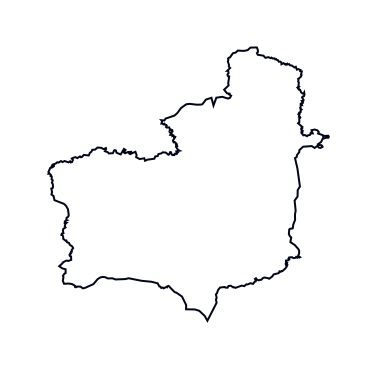 the district of Phon Thong, Roi Et, Thailand, rotated 258°
{"feature_id": "78962969B17722386681463", "entity_name": "Phon Thong", "entity_type": "district", "adm_level": 2, "iso_a3": "THA", "parent_name": "Thailand", "parent_adm1": "Roi Et", "projection": "robinson", "projection_center": [103.964, 16.293], "detail": "fine", "context": "isolated", "style": "outline", "palette": "ink", "viewbox_px": 384, "rotation_deg": 258, "n_neighbors": 0, "source": "geoboundaries", "source_scale": "gbopen_adm2", "svg_char_len": 5998}
<svg xmlns="http://www.w3.org/2000/svg" viewBox="0 0 384 384"><g transform="rotate(258 192 192)"><path d="M132.1,47.2L128.8,47.8L128.1,52.3L126.9,55.5L124.9,57.8L123.7,57.9L123.8,58.5L123.0,58.7L123.3,60.6L122.6,63.3L120.5,65.1L120.4,67.2L122.4,76.4L126.4,81.6L127.5,84.7L127.5,87.0L126.6,89.6L125.0,91.6L124.1,96.3L122.4,98.9L120.7,108.6L120.8,112.1L115.6,124.3L112.6,133.8L109.8,139.4L106.3,140.5L106.0,141.4L104.5,142.0L104.6,143.6L103.7,144.3L104.4,146.8L104.0,147.8L104.9,148.1L105.0,149.6L97.7,154.2L96.8,155.8L91.8,160.5L82.6,162.8L78.5,161.8L76.5,170.4L74.3,174.4L68.1,178.7L62.9,180.3L78.5,193.0L82.0,193.1L83.2,194.1L86.9,194.1L87.7,195.3L90.7,197.1L92.7,199.6L92.3,204.3L91.6,204.7L91.0,206.9L92.5,208.2L92.2,210.5L90.1,212.5L90.3,213.1L89.2,214.6L90.1,221.2L89.1,223.6L90.4,226.0L90.0,227.0L90.6,230.3L89.4,232.6L91.3,234.8L91.3,235.7L92.2,236.1L93.9,235.5L94.3,236.6L92.6,237.1L92.7,237.6L91.8,238.6L91.8,241.8L93.0,243.3L93.3,245.0L91.9,248.5L91.1,249.4L92.6,252.8L94.4,254.7L94.6,259.9L96.2,261.1L95.5,262.1L96.1,263.0L95.8,263.9L97.8,267.4L99.2,269.0L100.3,268.9L99.9,269.4L101.0,270.2L102.0,269.7L102.6,270.1L102.8,269.4L103.3,270.0L103.9,269.3L105.4,269.7L105.2,272.1L106.0,273.2L107.0,272.6L107.8,273.4L107.4,276.3L106.2,277.6L106.1,279.3L106.9,280.4L105.8,281.2L106.3,282.6L105.6,283.3L105.8,284.1L107.4,282.5L109.4,283.9L112.1,284.6L113.8,284.3L118.8,281.5L122.5,277.8L126.9,279.6L128.5,278.5L130.7,278.0L135.1,279.3L135.6,280.0L135.5,283.0L139.1,284.3L143.2,287.0L148.4,288.0L152.2,289.5L162.3,290.6L165.6,294.3L171.9,295.8L174.9,298.7L192.9,300.0L203.7,299.8L204.4,301.6L206.4,302.5L208.7,305.2L210.6,305.7L213.2,310.1L212.0,318.7L209.6,321.1L211.0,324.1L209.0,325.4L208.4,326.8L209.0,329.1L209.8,329.0L210.9,328.3L211.8,325.0L212.5,325.0L214.0,328.6L216.8,330.8L217.2,334.4L216.8,336.7L217.4,337.3L218.7,337.0L219.4,332.6L218.9,331.8L220.3,331.9L223.0,327.5L224.3,328.5L226.2,327.5L227.6,324.9L227.6,321.8L226.1,321.9L225.4,320.9L224.9,322.2L224.2,322.3L224.7,320.5L223.3,319.3L223.3,316.8L222.7,316.1L224.3,314.1L224.3,312.7L227.0,311.4L227.2,312.2L228.1,311.8L228.7,313.0L229.9,311.9L231.0,311.9L231.2,312.9L232.0,312.6L232.6,313.5L237.2,310.1L238.0,311.5L241.3,312.1L242.2,313.4L242.9,313.3L243.3,312.2L245.1,313.0L245.8,312.2L247.2,313.2L246.8,313.9L247.6,314.2L247.7,315.0L249.4,315.3L249.9,316.3L250.9,315.4L251.9,315.4L252.1,316.5L252.3,315.9L254.6,316.4L254.2,317.6L255.2,317.4L255.5,318.0L256.0,317.4L256.6,319.0L258.2,318.4L258.0,319.8L258.8,320.3L261.6,319.3L262.3,319.9L262.4,321.4L263.9,322.3L266.0,322.4L265.0,321.6L265.2,320.8L266.7,319.5L269.4,319.0L269.8,317.9L271.7,317.1L271.5,317.9L272.7,317.7L272.9,318.6L273.5,318.2L277.0,319.3L277.9,318.8L279.8,319.6L280.5,319.3L281.9,322.2L283.6,323.5L284.3,323.1L287.1,324.5L287.7,323.0L288.8,323.5L290.1,321.5L289.9,320.0L292.9,319.6L292.5,318.1L295.0,315.9L295.5,314.2L296.8,313.7L296.9,312.3L297.6,311.9L296.9,311.1L297.1,310.1L297.8,310.1L297.8,309.3L299.0,308.4L298.4,306.1L300.3,306.3L301.2,305.3L301.4,304.0L303.2,303.4L303.8,302.1L304.5,301.9L304.6,300.8L305.5,300.5L305.8,298.7L306.9,297.7L306.5,296.9L308.0,294.8L308.0,291.7L310.5,290.2L312.6,284.8L314.5,284.4L315.2,285.6L317.4,285.9L319.9,285.5L321.1,279.3L319.2,275.9L319.2,272.2L320.8,266.2L319.3,263.7L319.2,260.8L315.8,257.2L315.6,255.7L314.8,254.9L313.7,255.1L312.3,254.2L308.7,254.6L306.9,254.1L305.4,255.1L303.3,251.8L303.2,252.6L300.8,252.5L299.7,251.2L298.9,251.1L297.8,251.3L297.3,252.4L290.8,250.0L288.7,250.0L285.4,244.7L281.3,246.7L280.4,249.1L279.7,248.6L278.1,250.3L276.3,248.8L275.9,246.7L278.8,241.4L279.2,235.4L272.1,231.0L280.1,230.6L279.5,224.9L275.7,220.4L275.6,219.3L276.3,215.2L278.7,208.0L279.0,204.6L276.4,198.7L272.3,194.1L270.4,190.8L269.3,181.5L267.7,179.8L268.6,176.9L267.4,177.5L265.3,176.3L265.1,177.4L264.1,178.0L264.5,179.2L263.6,179.4L262.9,180.8L262.2,181.1L261.0,180.1L260.2,180.8L260.0,183.0L258.2,183.5L256.8,183.0L257.4,184.3L256.7,184.6L256.6,185.5L255.2,185.5L254.8,184.5L253.9,184.3L254.3,183.2L253.4,183.6L252.4,182.7L251.9,184.6L250.8,184.4L251.0,185.6L249.5,185.7L250.0,186.3L249.3,187.1L246.4,184.1L245.2,184.1L244.2,184.7L244.5,185.4L243.3,186.4L241.8,186.2L241.8,187.0L239.9,187.1L240.1,186.1L239.5,185.7L235.9,187.2L235.0,188.4L235.0,185.3L234.4,185.7L233.8,185.2L233.5,185.7L233.3,185.0L233.0,185.5L232.4,184.9L233.0,183.0L231.8,182.4L232.2,180.6L232.7,180.0L235.3,179.7L235.6,179.0L233.5,177.4L233.4,176.6L236.0,174.6L236.9,171.6L236.1,169.9L236.1,167.1L234.3,165.9L234.4,163.4L232.4,162.1L232.9,155.1L232.3,152.6L234.9,152.3L235.1,147.7L237.7,144.6L239.7,145.5L243.1,145.0L241.9,139.4L242.5,138.8L243.4,140.8L244.0,140.9L244.4,137.6L243.8,134.6L244.8,133.7L247.0,135.7L248.3,134.4L243.6,130.1L246.1,126.3L248.3,126.2L249.0,125.3L248.8,124.4L246.4,122.7L247.0,118.7L248.5,117.8L250.0,115.3L252.0,117.0L252.9,116.9L252.3,114.5L254.2,112.2L255.1,108.8L253.6,106.0L254.0,103.2L252.3,102.0L251.6,100.3L249.2,98.6L250.8,93.9L249.1,91.5L249.2,90.4L250.1,89.8L249.0,86.9L250.4,85.1L250.0,82.3L249.7,81.4L248.1,82.2L246.2,80.8L246.2,79.5L247.4,79.1L246.7,77.3L248.8,73.8L248.2,71.5L249.5,70.3L248.5,67.7L249.1,66.4L248.1,64.5L247.8,61.4L246.9,60.6L246.7,62.4L246.0,62.4L245.1,60.3L245.0,58.3L241.4,55.7L240.4,56.1L239.7,55.5L239.5,56.6L237.7,57.7L237.1,57.0L235.9,58.0L233.5,57.3L232.4,58.2L230.1,56.9L228.6,57.5L225.9,57.1L224.7,56.4L224.6,55.1L221.0,55.1L218.7,54.0L217.0,55.7L212.6,55.8L207.0,64.3L204.7,65.9L200.9,67.1L194.9,66.6L193.6,65.7L192.8,64.0L190.6,63.1L190.3,63.7L189.7,61.5L188.1,61.0L187.8,62.6L187.2,61.6L185.1,60.4L183.6,60.9L182.7,58.5L181.2,57.7L178.5,57.7L178.4,56.1L177.2,55.3L176.5,56.4L175.4,56.7L173.0,56.3L170.3,58.5L170.5,59.0L168.9,59.3L167.6,61.2L165.9,61.4L163.7,63.5L161.8,64.1L160.3,62.3L158.7,62.1L158.8,61.4L157.0,60.0L156.8,60.4L155.9,59.1L154.6,59.3L154.1,60.3L150.7,59.7L150.3,56.8L151.0,54.9L150.8,53.9L149.9,50.9L149.3,50.7L147.0,46.7L144.2,49.3L142.7,52.3L138.9,51.5L138.7,50.3L136.8,48.3L135.5,48.6L132.1,47.2Z" fill="none" stroke="#020617" stroke-width="2"/></g></svg>